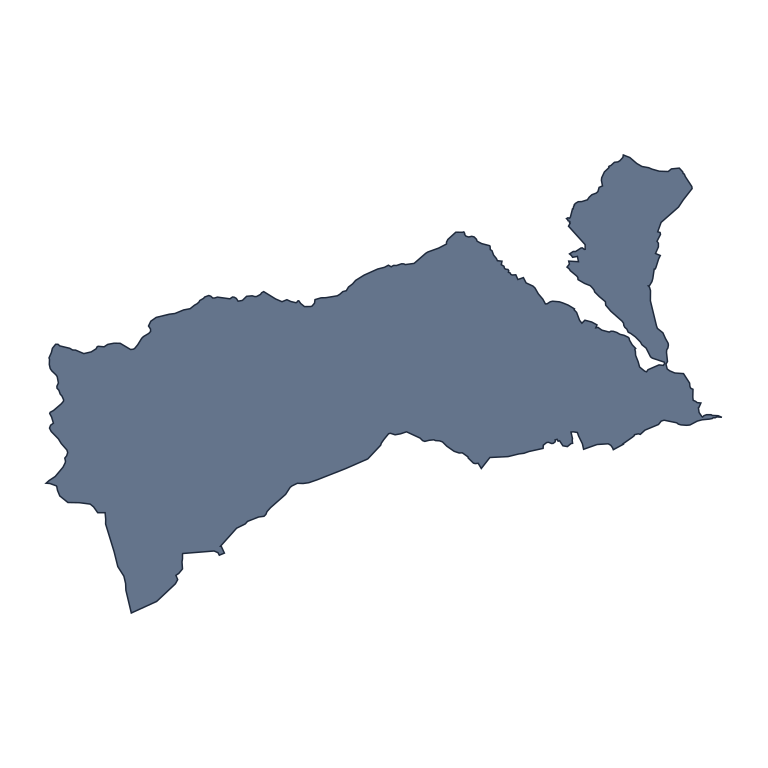 Lunca, Bihor, Romania (Robinson projection)
{"feature_id": "2599482B71226183129855", "entity_name": "Lunca", "entity_type": "district", "adm_level": 2, "iso_a3": "ROU", "parent_name": "Romania", "parent_adm1": "Bihor", "projection": "robinson", "projection_center": [22.434, 46.505], "detail": "fine", "context": "isolated", "style": "filled", "palette": "slate", "viewbox_px": 768, "rotation_deg": 0, "n_neighbors": 0, "source": "geoboundaries", "source_scale": "gbopen_adm2", "svg_char_len": 6073}
<svg xmlns="http://www.w3.org/2000/svg" viewBox="0 0 768 768"><path d="M721.9,417.3L718.1,415.7L712.2,415.4L711.1,414.7L706.5,414.7L703.9,415.7L702.6,417.0L701.8,416.5L699.1,412.5L698.4,407.8L699.0,407.3L700.9,403.0L697.1,402.6L695.7,401.4L693.2,400.3L692.8,397.2L693.0,389.3L690.7,388.2L689.9,386.4L689.6,383.1L683.5,373.6L674.8,373.0L669.7,370.8L667.2,369.0L666.0,364.1L667.5,361.5L666.5,352.5L666.7,349.8L667.9,348.0L668.4,345.1L668.1,343.2L665.4,338.4L662.9,332.8L657.4,328.4L656.5,325.9L650.4,300.8L650.5,290.6L649.5,287.2L648.3,285.9L649.5,285.6L651.9,281.7L652.8,278.6L654.2,269.1L655.2,269.0L655.9,267.6L658.6,259.0L660.3,255.5L655.5,253.5L658.4,246.9L658.4,243.2L657.0,241.3L660.5,234.4L660.1,232.5L657.7,231.8L661.1,222.4L678.5,207.1L683.2,200.0L692.1,188.6L691.8,186.5L685.3,176.6L684.3,174.1L683.2,173.5L682.7,171.8L679.3,168.1L671.4,168.9L668.2,171.5L659.3,171.2L651.9,169.1L648.7,167.7L642.0,166.5L636.8,163.5L629.8,157.5L623.3,155.0L622.9,157.4L619.9,160.7L617.9,161.9L614.4,162.3L610.9,165.5L609.1,166.2L608.7,166.8L609.0,167.6L604.4,171.9L601.7,177.7L601.4,180.3L602.5,185.9L599.1,187.4L597.9,191.6L596.2,193.1L591.9,194.7L589.2,197.2L587.4,199.8L581.7,201.6L578.2,201.7L575.4,203.4L574.2,204.8L574.4,205.4L573.7,206.2L573.1,208.9L572.5,208.9L570.4,217.0L569.6,218.2L567.9,217.8L566.5,218.6L567.8,219.9L568.0,220.7L569.8,221.5L569.5,222.6L570.2,223.1L568.5,226.2L585.1,244.6L585.2,249.3L584.3,249.4L582.4,247.9L581.0,248.0L575.6,251.5L573.2,251.5L569.5,253.9L571.4,255.5L572.6,257.3L577.4,256.4L578.5,261.7L568.7,261.1L569.4,264.1L567.0,267.1L569.2,268.9L570.3,270.7L576.7,276.0L577.8,277.4L578.0,279.6L584.5,283.4L590.3,285.7L592.3,287.8L594.0,289.9L594.7,292.0L599.3,296.6L605.4,301.7L605.7,305.2L610.9,311.3L622.0,321.1L623.5,323.1L623.8,325.4L624.8,327.3L626.9,329.2L628.2,332.2L630.8,333.5L635.4,336.9L640.4,342.0L641.9,344.7L646.1,348.1L650.5,356.8L652.2,358.1L664.4,362.2L664.5,363.5L663.4,365.4L659.0,364.9L648.0,369.7L646.6,371.8L644.7,371.2L639.6,367.0L638.1,361.6L635.6,355.3L635.4,351.4L634.8,349.4L635.7,348.5L632.2,344.8L629.5,340.1L629.1,338.2L628.1,337.2L624.1,335.3L619.9,334.3L616.9,332.5L613.3,331.3L610.9,331.2L609.3,332.1L601.8,330.1L598.0,327.4L595.8,327.8L597.0,324.9L591.7,322.0L584.9,320.2L581.9,323.2L579.6,320.4L576.6,312.4L574.1,309.8L574.5,308.9L568.2,305.1L563.0,303.0L559.4,301.8L552.6,301.2L550.2,301.8L547.1,303.8L545.4,303.9L542.8,299.1L538.3,293.8L535.0,288.0L533.0,286.1L526.1,282.9L523.4,277.6L517.9,279.5L515.8,274.8L512.2,275.0L510.8,274.4L510.2,273.0L508.4,272.3L508.8,270.8L508.0,269.5L505.4,269.1L504.4,268.1L504.0,266.3L501.3,264.7L502.0,261.2L497.4,260.7L496.4,258.5L493.6,255.1L492.0,250.7L490.3,249.6L490.1,246.5L489.7,245.7L481.7,243.6L478.0,241.7L476.9,240.9L476.5,239.3L474.1,236.9L471.7,236.3L468.7,237.0L466.0,236.2L464.6,234.4L464.7,233.4L463.8,231.9L462.5,232.3L455.8,232.2L447.9,239.4L446.5,242.1L446.5,244.0L438.6,248.1L427.8,252.0L425.7,253.3L414.1,263.4L405.2,264.6L403.9,263.9L401.5,263.8L396.5,265.5L393.6,265.4L391.2,266.8L388.4,265.2L384.5,267.3L377.7,269.0L364.1,275.1L355.6,280.4L352.6,283.9L348.5,287.0L346.3,290.7L342.8,291.6L339.9,294.2L337.3,295.8L325.8,297.7L321.1,297.8L315.0,299.6L314.5,303.2L311.9,306.2L310.8,306.5L304.5,306.6L300.7,303.5L298.8,300.8L298.0,300.8L296.6,302.5L295.8,302.7L290.8,301.5L286.9,299.7L282.0,301.7L275.7,299.0L263.7,291.6L261.6,292.8L260.5,294.4L256.6,296.5L254.9,296.6L252.2,295.8L246.6,296.3L242.4,300.4L238.1,301.2L236.3,298.4L234.2,297.2L232.5,297.0L229.9,298.8L217.4,297.1L214.6,298.0L212.7,298.0L210.8,296.2L208.8,295.5L204.7,297.0L203.5,298.4L199.8,300.5L199.0,302.0L197.0,303.8L194.6,305.1L190.1,308.7L183.7,309.9L174.9,313.5L169.3,314.2L156.2,317.4L150.8,321.2L148.5,326.0L150.5,329.0L150.6,331.4L148.8,333.4L143.4,336.6L141.7,338.3L137.7,344.8L134.7,348.4L133.4,349.2L130.6,349.5L120.2,343.3L114.0,343.2L107.7,344.4L104.1,346.8L98.2,346.3L97.2,346.7L96.1,348.8L91.2,351.9L83.8,353.6L75.6,350.1L72.6,350.0L69.8,348.3L59.8,345.9L58.0,344.3L55.6,344.3L52.4,348.3L51.4,352.5L49.0,357.9L49.5,359.4L49.3,364.5L50.2,368.5L51.8,370.9L56.0,374.9L57.2,376.6L58.4,383.0L56.9,386.2L57.0,388.2L58.9,390.3L60.2,394.1L62.0,396.1L63.6,399.8L63.5,401.2L61.3,403.8L53.5,410.5L50.2,412.3L49.7,413.5L51.6,417.1L53.4,423.2L50.6,425.2L49.5,428.1L51.2,431.5L58.4,438.9L61.2,443.5L66.9,450.0L67.7,452.6L66.6,455.9L64.8,458.1L65.5,461.3L65.2,462.8L63.0,467.2L55.2,476.5L49.1,480.5L46.1,483.2L49.9,483.5L56.4,485.9L56.8,486.7L57.5,490.4L59.8,496.0L67.9,502.5L79.5,502.7L90.2,504.1L93.6,506.9L97.7,512.7L105.1,512.7L105.7,519.2L105.6,524.0L114.1,551.7L117.8,566.6L123.9,576.2L125.6,583.5L125.9,590.3L131.3,613.0L156.7,601.4L175.4,583.8L177.7,579.6L175.9,575.3L178.8,573.4L182.5,568.9L182.0,561.9L182.5,558.8L182.5,554.0L182.8,553.5L214.1,551.0L218.0,552.7L219.3,555.2L224.4,553.1L221.4,546.6L220.4,546.3L236.6,528.2L245.3,523.9L247.5,521.4L258.6,517.0L264.0,516.3L265.9,514.4L267.0,511.6L270.6,507.6L285.6,494.4L290.1,487.4L292.0,485.9L297.3,483.3L303.1,483.5L308.8,482.7L317.2,479.8L345.9,468.5L367.8,458.9L380.7,445.2L381.3,443.2L383.8,439.6L388.6,433.7L390.5,433.3L395.1,434.8L400.6,433.8L406.5,431.8L420.1,438.1L422.6,440.6L424.8,441.4L429.1,440.3L433.9,439.8L435.5,440.6L439.4,440.8L442.5,441.9L446.8,446.2L454.1,451.3L459.1,453.0L462.3,452.8L468.0,456.9L468.2,458.0L473.4,463.1L475.2,463.6L478.2,463.3L481.3,468.5L489.9,457.5L508.1,456.6L519.0,453.9L523.9,453.3L529.0,451.5L543.1,448.4L543.3,445.2L546.7,442.5L548.6,442.3L551.5,443.5L553.1,443.4L555.0,442.0L555.4,440.8L555.1,439.9L557.1,439.3L558.1,441.2L559.6,440.8L562.9,445.8L567.4,446.6L571.0,443.6L572.6,443.3L572.2,440.2L572.5,438.6L571.0,432.1L573.2,431.8L577.4,432.5L578.5,435.8L582.4,443.8L583.6,449.3L597.1,444.5L608.2,443.8L610.8,445.3L612.6,447.9L613.3,449.7L623.3,444.3L622.9,443.9L632.4,437.2L634.2,435.7L634.5,434.7L638.3,433.8L640.3,434.4L645.0,430.1L658.5,424.5L661.2,421.1L664.1,420.2L676.7,422.8L678.3,424.1L681.0,424.9L686.6,425.3L689.9,425.0L697.3,421.1L702.1,419.8L709.4,419.1L712.4,418.5L713.2,417.7L715.2,417.8L716.8,416.9L721.9,417.3Z" fill="#64748b" stroke="#1e293b" stroke-width="1.5"/></svg>